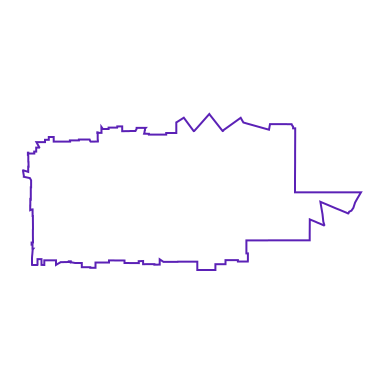 the district of Kent, Western Australia, Australia
{"feature_id": "25037944B61750008694929", "entity_name": "Kent", "entity_type": "district", "adm_level": 2, "iso_a3": "AUS", "parent_name": "Australia", "parent_adm1": "Western Australia", "projection": "equal_earth", "projection_center": [118.452, -33.539], "detail": "fine", "context": "isolated", "style": "outline", "palette": "violet", "viewbox_px": 384, "rotation_deg": 0, "n_neighbors": 0, "source": "geoboundaries", "source_scale": "gbopen_adm2", "svg_char_len": 3747}
<svg xmlns="http://www.w3.org/2000/svg" viewBox="0 0 384 384"><path d="M23.2,170.3L23.0,170.7L23.9,176.1L23.8,176.8L29.9,178.1L31.1,180.3L31.1,187.3L30.8,187.3L30.8,199.4L30.3,199.2L30.3,205.6L30.2,205.6L30.2,210.2L32.1,209.4L32.6,209.4L32.6,211.6L32.5,212.0L32.6,212.5L32.6,216.0L32.9,216.0L32.9,217.3L32.9,218.8L33.0,229.3L32.9,229.4L32.9,234.2L32.9,235.4L33.0,242.5L31.6,242.5L31.6,244.7L32.5,244.7L32.5,248.7L33.3,248.7L32.7,249.5L32.3,254.5L32.2,255.2L32.0,258.0L32.0,261.9L32.0,264.9L32.5,265.0L35.7,265.0L35.8,265.0L36.6,265.0L37.4,265.0L37.5,264.9L37.5,261.7L37.5,259.1L41.5,259.1L41.5,261.0L41.5,264.9L44.3,265.0L44.3,261.0L44.3,260.3L48.4,260.3L52.3,260.3L56.0,260.3L56.0,264.3L56.0,264.9L58.0,263.7L58.9,263.2L59.9,262.6L60.0,262.6L60.7,262.1L63.7,262.1L68.8,262.0L68.8,261.3L70.8,261.3L70.8,262.4L70.8,262.5L71.8,262.4L75.1,263.0L75.8,263.0L81.8,263.0L81.8,267.2L85.4,267.2L90.3,267.2L90.3,267.8L95.5,267.8L95.5,262.5L100.3,262.5L103.1,262.5L105.2,262.5L106.1,262.5L109.0,262.5L109.0,261.4L109.0,260.4L124.4,260.5L124.5,260.5L124.5,262.0L124.5,263.0L138.8,263.1L138.7,261.2L143.1,261.0L143.1,264.2L149.7,264.1L154.4,264.1L154.4,264.7L159.7,264.6L159.7,259.3L163.5,261.9L165.7,261.9L171.4,261.9L175.6,261.9L177.0,261.9L177.7,261.9L177.8,261.7L182.4,261.7L187.6,261.7L197.3,261.7L197.3,270.0L202.5,270.0L206.6,270.0L209.3,270.0L214.3,270.0L215.4,270.0L215.4,264.2L215.6,264.2L225.5,264.2L225.5,260.1L237.7,260.1L237.9,260.1L237.9,261.5L243.5,261.5L247.8,261.5L247.9,260.3L247.9,253.4L247.5,253.4L247.4,253.4L246.4,253.4L246.4,240.5L246.4,240.4L260.4,240.4L265.0,240.4L267.4,240.4L269.4,240.3L271.4,240.3L277.9,240.3L295.1,240.3L307.6,240.3L309.7,240.3L309.7,233.5L309.8,219.4L311.2,220.0L314.4,221.3L316.5,222.2L317.5,222.7L318.6,223.1L320.7,224.0L323.9,225.4L324.3,225.0L323.3,221.6L322.9,217.9L322.5,214.2L321.9,210.7L321.1,206.1L320.4,201.8L321.3,202.2L323.2,203.0L327.5,204.8L330.8,206.2L336.2,208.5L339.5,209.8L343.8,211.6L346.0,212.5L348.2,213.5L348.4,213.4L349.2,211.7L350.3,211.2L351.4,210.7L353.4,207.8L353.7,206.8L355.1,202.5L357.4,198.4L360.4,193.3L361.0,192.3L320.9,192.3L295.0,192.3L295.0,187.6L295.0,182.2L295.0,178.7L295.1,162.3L295.1,153.3L295.2,136.0L295.2,134.2L295.2,132.9L295.2,128.3L293.1,128.3L293.1,126.6L293.0,126.4L292.5,126.0L291.7,124.5L291.6,124.2L277.6,124.1L275.2,124.1L270.5,124.1L270.0,124.1L269.0,129.7L264.7,128.5L263.6,128.2L252.2,125.0L246.8,123.5L243.4,122.5L242.1,120.3L240.7,117.8L236.8,120.6L223.4,130.2L223.2,130.8L222.6,131.0L210.0,115.0L209.3,114.0L201.1,123.3L197.2,127.7L194.2,131.0L193.7,131.1L189.1,124.9L183.8,117.7L177.2,121.9L176.3,122.4L176.3,133.0L171.0,133.0L166.2,133.0L166.2,134.6L159.0,134.6L158.9,134.6L153.7,134.6L148.9,134.6L148.9,133.8L144.1,133.7L144.5,132.4L144.6,131.0L145.0,130.2L144.9,128.8L145.7,127.9L136.8,127.9L136.6,127.9L136.5,129.0L136.2,129.8L135.6,130.4L135.3,130.9L135.3,131.0L130.4,131.0L129.2,131.1L122.2,131.2L122.2,126.4L117.3,126.4L117.3,126.9L117.3,127.2L117.2,127.6L111.4,127.6L108.6,127.6L108.6,129.0L102.9,129.0L102.8,128.9L102.1,127.9L101.4,126.9L101.5,132.9L97.6,132.9L97.6,132.3L97.3,132.3L97.3,133.4L97.7,133.8L97.7,139.6L97.9,140.0L97.9,141.5L93.8,141.6L90.6,141.6L90.3,141.3L89.6,139.5L86.4,139.5L82.1,139.5L78.9,139.5L78.9,140.4L74.5,140.4L69.9,140.4L69.9,140.7L70.1,141.0L70.1,141.6L65.0,141.6L59.1,141.6L53.7,141.6L53.7,137.0L48.8,137.0L48.8,139.8L46.1,139.8L45.0,139.8L45.0,142.1L43.9,142.1L40.8,142.1L39.5,142.1L36.4,142.1L39.3,147.4L39.2,147.6L36.2,147.6L36.2,148.7L36.2,151.6L35.2,151.6L34.2,151.6L34.2,152.1L34.3,152.1L34.3,153.5L30.6,153.5L28.3,153.5L28.3,152.7L27.9,152.7L27.9,154.9L28.2,154.9L28.3,156.6L28.3,161.8L28.5,161.9L28.5,164.0L28.6,166.7L28.2,166.7L28.2,171.9L23.2,170.3Z" fill="none" stroke="#5b21b6" stroke-width="2"/></svg>